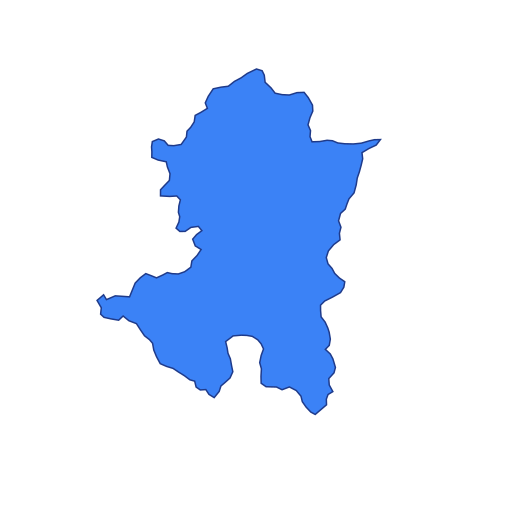 Santana do Garambéu, Minas Gerais, Brazil (Robinson projection), rotated 62°
{"feature_id": "56859067B9374705932151", "entity_name": "Santana do Garambéu", "entity_type": "district", "adm_level": 2, "iso_a3": "BRA", "parent_name": "Brazil", "parent_adm1": "Minas Gerais", "projection": "robinson", "projection_center": [-44.061, -21.638], "detail": "fine", "context": "isolated", "style": "filled", "palette": "blue", "viewbox_px": 512, "rotation_deg": 62, "n_neighbors": 0, "source": "geoboundaries", "source_scale": "gbopen_adm2", "svg_char_len": 2641}
<svg xmlns="http://www.w3.org/2000/svg" viewBox="0 0 512 512"><g transform="rotate(62 256 256)"><path d="M234.4,420.5L238.8,419.0L243.5,413.5L248.2,407.4L246.6,401.5L253.5,398.6L259.6,393.3L266.9,392.7L274.1,391.9L279.9,389.3L284.5,388.3L291.0,390.4L298.1,391.1L306.1,391.1L311.5,386.8L316.3,382.0L321.9,379.0L328.1,375.4L334.3,372.5L337.7,368.9L343.6,370.4L348.1,368.1L350.4,363.0L356.1,362.5L361.4,359.4L358.3,352.1L354.3,348.0L353.2,343.0L351.5,336.2L347.3,330.8L341.5,329.1L334.7,326.9L328.7,326.4L323.5,324.6L317.3,323.0L315.8,313.7L319.0,306.2L321.8,301.4L325.2,297.0L330.8,293.8L335.9,292.7L341.6,293.0L346.2,298.1L351.9,302.8L358.2,304.2L364.6,308.1L370.8,311.2L376.1,308.5L378.6,304.2L381.3,299.4L386.3,295.8L387.3,288.0L393.7,283.6L400.9,282.1L406.4,283.5L412.9,282.7L419.5,280.9L423.7,278.1L422.0,270.4L420.5,263.6L415.4,261.1L412.1,257.4L411.8,251.8L404.3,251.9L398.4,249.3L395.8,242.0L391.7,238.2L387.4,237.3L382.9,236.4L377.4,236.4L371.0,238.6L369.3,233.3L364.3,229.4L357.7,227.2L353.2,226.4L346.8,226.0L340.3,227.1L334.5,224.6L329.7,222.1L328.0,216.5L328.2,207.6L328.0,198.6L324.8,193.1L320.4,189.7L314.6,192.7L308.3,194.7L302.7,194.7L296.7,196.1L290.4,194.7L285.5,189.7L282.4,182.0L281.2,174.2L275.1,171.7L270.5,167.5L263.7,166.6L258.1,161.4L256.5,155.2L252.8,151.3L249.2,147.1L246.3,139.8L240.2,134.1L234.7,130.0L230.2,125.2L225.2,120.5L220.3,116.2L214.5,113.9L214.1,105.8L214.5,97.8L211.6,91.5L208.9,96.9L207.5,102.0L205.8,110.1L202.8,117.4L198.6,124.9L194.6,130.7L190.1,134.4L187.2,138.9L184.9,145.9L181.5,152.9L176.0,152.3L170.9,149.0L164.6,148.5L159.2,143.4L154.7,137.8L149.3,135.3L140.6,135.5L134.1,136.7L131.0,143.1L129.5,151.0L125.8,157.2L121.2,162.7L114.6,163.8L106.9,166.4L100.2,163.8L95.3,163.6L91.1,167.8L90.7,177.9L91.7,185.6L91.7,193.0L93.1,200.8L90.5,207.6L88.3,215.3L92.6,223.2L97.0,228.9L102.8,229.6L103.3,237.3L103.3,243.7L108.6,247.6L111.7,253.2L113.4,258.3L118.3,261.6L122.4,269.7L120.0,276.8L117.1,281.6L111.3,282.9L106.9,287.2L106.3,293.8L110.6,297.0L115.1,299.0L120.0,301.7L125.3,297.4L130.7,291.0L135.7,292.4L143.0,293.3L148.6,297.0L150.8,303.7L152.7,309.2L158.1,312.1L162.9,304.2L165.8,297.8L170.9,296.4L175.6,300.6L181.0,304.0L185.5,304.9L189.8,308.1L193.9,313.5L198.6,311.7L201.0,307.0L200.2,300.0L202.8,293.0L208.2,291.9L209.2,298.4L211.4,304.0L218.6,304.9L224.5,301.4L227.9,307.8L230.2,314.9L235.3,318.8L236.4,326.4L235.4,333.0L232.2,338.4L229.0,342.1L229.0,347.3L228.6,354.1L224.5,357.5L219.8,361.6L220.9,368.4L223.2,375.4L227.6,380.7L232.7,386.8L229.0,392.7L225.1,399.0L224.3,408.5L218.7,408.8L220.6,417.2L229.1,416.9L234.4,420.5Z" fill="#3b82f6" stroke="#1e3a8a" stroke-width="1.5"/></g></svg>